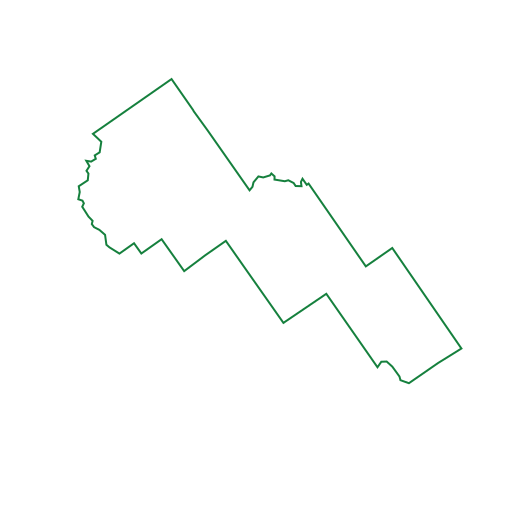 Powell, Montana, United States of America, rotated 145°
{"feature_id": "52423323B29288838375907", "entity_name": "Powell", "entity_type": "district", "adm_level": 2, "iso_a3": "USA", "parent_name": "United States of America", "parent_adm1": "Montana", "projection": "albers", "projection_center": [-112.818, 46.933], "detail": "fine", "context": "isolated", "style": "outline", "palette": "green", "viewbox_px": 512, "rotation_deg": 145, "n_neighbors": 0, "source": "geoboundaries", "source_scale": "gbopen_adm2", "svg_char_len": 984}
<svg xmlns="http://www.w3.org/2000/svg" viewBox="0 0 512 512"><g transform="rotate(145 256 256)"><path d="M140.8,62.4L139.8,184.4L172.0,184.5L171.4,285.2L173.6,285.2L173.6,292.6L176.7,290.9L178.7,287.1L183.4,290.6L183.3,294.2L186.1,299.5L189.5,300.7L197.0,308.0L195.1,310.6L196.1,314.8L198.3,314.0L205.0,316.2L208.4,319.8L215.8,317.8L219.2,314.7L223.6,313.5L223.6,386.5L224.0,410.2L223.8,411.7L223.7,449.4L319.5,449.6L317.2,438.3L324.6,430.6L330.4,430.9L331.5,427.5L336.9,427.9L340.4,431.3L340.9,425.1L346.0,423.0L346.0,419.6L350.4,414.5L361.2,414.8L363.7,409.5L369.0,404.4L366.4,400.9L366.8,397.9L370.1,396.0L370.6,384.4L369.7,378.5L372.2,376.3L372.1,372.5L369.3,367.2L367.5,359.9L372.1,351.0L371.1,347.2L366.5,336.3L348.6,336.4L348.5,323.8L323.7,323.9L323.5,284.8L297.3,285.7L272.0,285.7L272.0,254.4L271.9,185.5L220.1,184.7L220.3,95.2L214.0,97.5L209.5,94.6L207.8,87.2L207.6,75.0L208.9,71.4L203.7,64.1L168.3,63.9L140.8,62.4Z" fill="none" stroke="#15803d" stroke-width="2"/></g></svg>